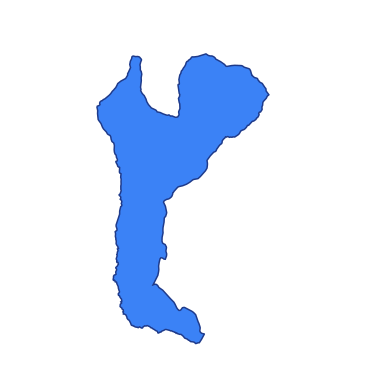 outline of Sevilla de Oro, Azuay, Ecuador, rotated 344°
{"feature_id": "8360857B69749435538117", "entity_name": "Sevilla de Oro", "entity_type": "district", "adm_level": 2, "iso_a3": "ECU", "parent_name": "Ecuador", "parent_adm1": "Azuay", "projection": "natural_earth1", "projection_center": [-78.594, -2.705], "detail": "fine", "context": "isolated", "style": "filled", "palette": "blue", "viewbox_px": 384, "rotation_deg": 344, "n_neighbors": 0, "source": "geoboundaries", "source_scale": "gbopen_adm2", "svg_char_len": 5998}
<svg xmlns="http://www.w3.org/2000/svg" viewBox="0 0 384 384"><g transform="rotate(344 192 192)"><path d="M168.8,49.3L167.3,52.3L167.2,55.5L163.7,59.6L162.8,60.4L162.3,62.0L159.5,64.6L154.1,65.8L150.5,67.3L149.5,68.5L147.4,70.7L146.3,71.3L144.9,72.3L143.2,73.2L140.9,75.1L139.0,76.2L133.8,78.5L132.2,78.7L131.0,79.4L129.9,79.4L128.5,80.0L127.7,81.1L127.6,82.7L126.6,83.2L124.6,83.4L124.0,84.4L123.8,87.7L122.8,90.7L121.8,96.4L122.0,97.3L123.4,101.1L123.8,105.1L124.3,107.0L126.2,110.6L126.7,112.8L127.3,113.7L128.9,115.1L129.1,116.8L128.8,118.8L128.9,121.0L129.2,121.8L130.2,123.1L130.3,124.0L130.2,125.9L128.8,130.0L128.4,132.3L128.5,134.3L129.2,135.7L128.9,138.0L129.2,139.3L129.2,140.5L129.0,140.9L128.2,141.7L127.4,141.6L127.1,142.0L127.4,144.2L127.7,144.8L127.7,146.8L128.3,147.8L129.1,148.2L129.2,148.5L127.7,152.8L127.8,153.8L128.8,154.9L127.5,158.2L127.4,160.2L126.6,162.5L126.0,165.0L125.2,166.7L124.3,170.0L124.3,171.2L122.4,174.0L121.4,174.4L121.1,174.7L121.2,175.3L122.0,176.6L122.1,177.3L121.8,178.3L121.3,178.8L121.0,179.3L121.8,180.4L121.9,181.5L121.8,182.2L120.8,183.6L121.0,185.0L120.9,185.4L120.5,186.0L119.4,186.5L117.2,190.4L116.3,193.4L110.0,202.7L109.6,204.0L109.7,206.7L109.4,207.9L108.7,208.5L107.9,208.6L107.2,209.0L107.0,211.2L106.1,213.5L106.0,215.7L105.7,216.6L105.7,218.2L104.8,220.9L105.2,222.9L105.7,223.9L105.5,224.8L105.9,225.8L105.8,226.0L104.6,226.2L104.8,227.8L104.3,228.6L103.7,229.1L103.0,231.0L102.5,231.2L102.5,232.7L100.8,235.2L100.7,236.0L101.0,236.9L100.5,237.9L100.4,238.7L100.5,239.0L101.2,239.0L101.5,239.3L101.2,241.3L100.4,241.8L99.8,242.6L98.0,243.5L97.8,244.1L98.2,245.0L98.1,246.1L96.6,247.9L96.3,250.1L95.6,250.4L94.4,250.4L93.3,251.3L93.2,252.2L92.8,252.8L92.0,254.7L92.4,255.4L93.1,255.3L93.3,255.7L93.5,256.2L93.3,256.9L93.4,257.2L94.6,257.8L94.5,259.4L95.0,262.6L94.7,264.1L94.7,266.5L94.9,267.4L94.5,268.5L93.2,269.3L92.8,270.6L93.0,271.2L93.7,271.8L93.8,273.2L94.3,274.8L94.7,275.4L94.4,277.6L94.2,277.9L93.3,278.0L93.7,279.3L92.1,280.2L91.3,282.3L91.8,283.2L92.5,284.0L92.5,285.1L92.9,285.7L93.4,286.1L93.2,287.9L92.5,288.2L92.8,289.1L92.4,290.4L93.4,290.7L94.6,292.0L94.9,294.2L94.8,295.5L95.3,296.9L96.1,297.9L96.4,298.7L96.9,301.5L96.9,302.9L97.3,303.6L98.3,304.0L98.6,304.7L99.2,304.8L99.7,305.6L101.1,306.6L101.9,306.7L102.8,307.6L103.7,307.3L104.4,307.2L105.4,308.3L106.3,309.0L107.0,309.0L107.8,308.2L109.8,307.6L110.8,308.2L112.0,308.0L114.2,309.7L115.1,311.2L115.9,311.5L116.2,312.2L118.0,314.0L118.7,315.0L120.2,316.3L120.4,316.7L120.3,317.9L120.8,318.3L122.3,318.1L122.7,317.8L123.5,318.1L124.8,317.4L126.9,317.2L128.2,316.8L129.2,317.0L132.3,318.8L133.1,319.6L134.1,319.8L134.8,320.6L136.1,321.4L136.5,322.0L137.2,322.3L137.7,323.3L138.2,323.1L138.5,323.2L138.8,324.1L139.6,324.5L140.6,325.3L142.3,325.9L143.8,328.2L144.7,330.4L146.9,332.1L147.7,333.4L148.4,333.9L149.4,335.4L152.0,336.5L153.0,337.3L153.6,338.6L154.7,338.8L156.0,338.6L157.5,338.9L160.5,336.3L164.6,332.1L164.6,331.8L162.5,330.6L162.1,330.2L161.4,329.0L161.2,327.7L162.4,324.9L162.5,323.8L162.4,320.2L162.1,318.4L161.7,310.9L160.2,308.1L158.9,306.5L153.1,301.0L152.4,300.7L150.9,300.6L148.7,302.3L147.8,302.5L146.8,302.2L146.0,300.8L145.4,299.1L144.8,295.3L144.2,292.9L141.9,288.7L136.8,278.3L133.8,274.6L133.3,272.5L132.4,271.1L130.9,270.4L129.0,270.5L136.2,262.7L137.8,259.6L138.7,257.5L139.5,253.9L141.1,250.5L142.8,247.5L143.8,246.7L144.5,246.8L145.6,247.5L146.6,248.8L147.8,249.3L149.9,246.4L150.6,244.5L150.6,241.6L152.1,238.5L152.2,237.6L151.7,235.1L150.2,233.7L149.7,233.0L149.6,231.0L150.7,227.5L152.9,223.3L153.4,221.0L154.3,218.3L156.8,213.3L158.1,209.6L158.6,208.9L159.9,208.2L161.5,205.8L162.0,204.7L162.5,198.4L161.8,194.0L162.3,193.2L163.7,192.5L165.6,192.1L167.7,192.2L168.9,191.9L170.7,191.1L171.4,190.6L172.6,189.1L173.3,187.5L173.8,187.4L174.9,186.4L179.5,183.5L180.7,183.2L184.8,183.4L188.9,183.0L192.6,182.0L195.9,180.6L197.1,180.4L201.5,180.8L204.2,179.5L210.8,175.3L213.0,173.2L214.3,170.2L214.8,168.5L215.1,165.9L215.7,165.3L219.5,162.3L223.2,160.1L224.0,159.7L225.7,159.5L226.6,159.0L227.4,157.8L230.6,155.2L232.2,154.2L232.8,153.9L233.3,153.9L233.9,153.6L234.5,152.8L235.2,151.1L237.1,149.7L238.2,149.3L239.5,148.2L240.2,148.7L241.3,148.5L241.8,148.6L243.1,149.8L244.2,149.8L245.6,150.4L246.5,150.3L248.3,150.9L251.9,149.8L253.5,149.0L255.7,146.8L257.9,146.3L258.8,146.4L260.5,145.8L262.1,144.8L263.7,143.3L264.5,143.5L265.0,143.4L269.4,140.7L270.9,140.8L273.4,139.9L274.4,138.8L275.7,138.4L277.1,137.1L277.8,136.1L277.8,134.8L278.1,134.6L278.5,134.0L279.0,133.8L279.9,134.0L282.1,132.1L282.7,129.4L283.8,128.1L284.8,125.4L285.9,124.4L289.2,122.4L290.9,120.5L292.5,119.9L292.7,119.7L291.1,115.3L291.5,113.3L291.4,112.7L290.9,111.7L289.5,107.2L289.1,106.6L288.0,105.7L287.0,104.3L287.0,103.9L286.3,102.3L286.2,101.1L285.7,100.5L283.6,99.2L282.2,97.1L282.1,96.5L281.7,96.4L281.7,91.4L281.3,89.9L280.8,89.2L276.7,86.5L275.2,84.7L274.3,84.1L268.0,82.0L264.9,81.4L260.2,80.9L259.5,80.5L259.2,80.1L258.5,78.5L255.5,74.7L251.5,70.8L251.1,69.3L250.2,68.0L248.8,66.8L247.0,66.2L245.4,65.3L243.5,63.1L235.1,63.3L231.1,62.7L229.6,62.2L228.7,62.3L227.3,63.6L224.9,64.4L224.1,65.1L223.0,65.2L222.1,66.0L220.9,67.9L219.4,69.4L218.0,70.4L216.4,72.0L215.1,72.8L213.9,74.9L212.5,76.2L210.4,80.3L209.8,84.1L209.4,84.8L208.5,84.8L208.2,85.0L208.0,85.5L206.9,93.6L207.1,94.9L206.4,96.6L204.8,98.3L204.4,102.2L204.5,104.0L203.4,108.5L201.4,111.0L201.1,111.9L201.0,113.6L200.7,114.3L199.1,115.8L198.0,115.9L196.6,115.6L193.8,113.4L192.3,113.1L191.1,111.5L190.0,111.6L188.8,111.1L185.7,108.9L183.3,106.8L180.6,105.4L180.1,103.7L179.3,102.8L176.1,100.0L174.2,95.9L173.4,92.6L173.4,90.0L172.6,86.0L172.1,85.3L171.2,83.3L170.6,80.4L171.2,79.5L171.4,77.1L174.0,70.9L174.6,68.2L176.2,64.9L176.4,62.3L176.0,60.6L176.1,59.9L176.8,57.5L177.0,55.5L178.6,52.8L179.7,51.4L179.9,51.0L179.8,50.2L178.7,47.8L178.1,47.3L177.2,46.8L174.9,46.2L173.2,45.2L172.5,45.1L171.8,45.3L171.5,45.6L170.7,47.2L168.8,49.3Z" fill="#3b82f6" stroke="#1e3a8a" stroke-width="1.5"/></g></svg>